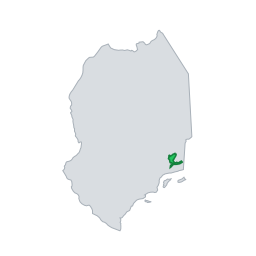 Korogwe, Tanga, United Republic of Tanzania (highlighted), rotated 58°
{"feature_id": "72390352B3133588656991", "entity_name": "Korogwe", "entity_type": "district", "adm_level": 2, "iso_a3": "TZA", "parent_name": "United Republic of Tanzania", "parent_adm1": "Tanga", "projection": "albers", "projection_center": [38.446, -4.931], "detail": "fine", "context": "in_parent", "style": "filled", "palette": "green", "viewbox_px": 256, "rotation_deg": 58, "n_neighbors": 0, "source": "geoboundaries", "source_scale": "gbopen_adm2", "svg_char_len": 6519}
<svg xmlns="http://www.w3.org/2000/svg" viewBox="0 0 256 256"><g transform="rotate(58 128 128)"><path d="M99.3,173.8L96.8,172.6L94.6,171.8L92.8,171.0L92.0,170.2L90.3,169.8L88.9,169.7L87.5,169.0L84.7,168.7L84.4,168.2L84.4,167.0L83.9,166.7L82.9,166.4L81.8,166.5L81.1,166.6L80.7,166.6L79.8,165.9L79.0,165.0L78.7,163.7L77.4,162.8L75.9,162.1L71.8,162.2L71.2,162.0L70.2,161.3L69.1,160.2L68.2,158.9L67.3,157.1L66.5,154.7L61.7,145.1L61.2,143.3L60.3,141.3L58.8,138.9L57.2,137.0L55.0,135.4L52.5,133.8L51.2,132.7L48.6,128.2L48.1,126.1L47.7,123.9L47.8,123.0L49.4,120.1L49.5,119.3L49.3,118.2L48.5,116.0L47.5,113.3L45.4,108.3L45.1,107.0L45.1,106.1L46.2,101.0L46.2,100.3L50.9,100.3L54.3,98.1L57.2,94.7L57.8,93.3L59.0,91.2L60.2,90.1L60.6,89.4L61.3,87.2L62.8,85.8L64.3,84.7L64.0,83.9L64.2,83.6L65.1,83.0L66.7,82.5L67.0,81.4L67.0,80.1L66.7,79.4L66.7,78.6L66.5,78.2L65.4,78.0L63.9,77.4L62.5,77.2L61.6,76.8L61.3,76.6L61.1,75.8L61.9,73.9L61.1,73.1L62.7,69.8L63.0,69.4L63.6,69.4L64.5,69.0L65.4,68.9L66.1,69.0L66.6,68.8L67.1,68.5L67.5,67.4L67.8,65.6L67.6,64.1L66.9,62.9L66.7,61.2L67.0,58.8L66.7,56.9L66.0,55.4L65.2,54.4L64.0,54.0L62.1,51.7L61.5,50.5L61.6,49.8L62.3,49.5L63.4,49.6L64.5,49.3L65.6,48.6L66.6,48.4L67.1,48.5L114.1,48.1L169.1,78.4L169.3,78.8L169.7,81.4L169.7,82.3L168.8,83.8L168.6,84.6L168.6,85.2L168.8,85.4L169.5,85.5L170.1,85.8L170.3,86.1L170.8,87.2L171.4,87.8L192.2,102.8L192.6,103.0L192.3,104.3L191.2,107.3L191.1,108.6L190.6,110.1L190.2,111.1L189.0,115.4L188.0,117.0L186.6,120.8L186.4,123.6L187.2,125.7L187.4,127.5L189.0,129.4L190.3,130.1L191.2,130.9L192.7,132.8L193.6,134.8L196.3,135.7L197.4,137.9L197.0,139.4L195.7,140.6L194.5,142.7L193.6,145.3L193.6,149.3L194.2,148.7L195.7,149.7L195.8,152.7L194.3,156.1L193.9,157.7L193.8,159.1L194.9,163.3L196.5,165.4L196.4,166.0L196.0,166.6L198.8,170.3L198.5,173.5L199.6,176.1L200.0,178.2L200.7,179.9L200.9,181.1L200.0,182.4L202.0,182.7L203.2,183.7L203.8,184.7L205.3,184.7L206.1,185.4L207.2,185.9L209.8,187.6L210.5,188.5L210.9,189.3L203.9,194.6L201.3,195.9L199.5,196.6L197.6,196.9L195.7,197.7L194.0,199.1L191.8,199.7L189.1,199.7L186.2,200.6L181.7,203.4L179.1,201.8L177.1,201.4L174.7,201.4L173.3,201.6L172.8,201.9L172.4,202.9L172.0,204.4L170.4,205.9L167.7,207.3L165.2,207.8L163.0,207.4L161.4,206.9L160.6,206.0L159.4,205.7L157.9,205.7L156.4,206.3L154.9,207.4L152.6,207.9L149.5,207.8L147.8,207.2L147.6,206.3L146.2,205.3L143.7,204.1L141.8,204.0L140.6,205.2L139.5,206.0L138.6,206.3L137.7,206.3L136.4,206.0L132.9,205.9L129.6,205.9L129.3,204.2L128.6,203.2L128.0,202.6L126.9,202.4L126.5,202.0L126.2,200.9L125.6,200.0L124.8,199.3L124.4,198.6L124.2,197.9L124.4,197.2L125.0,195.5L125.2,194.3L125.2,193.1L124.8,191.8L124.0,190.3L124.1,189.9L123.8,188.9L123.8,188.2L123.9,187.3L123.8,186.1L123.1,183.6L123.1,183.0L122.4,181.7L120.1,178.9L120.0,178.5L116.6,175.7L115.2,175.0L114.7,175.6L114.5,176.1L114.7,177.0L114.6,177.5L113.6,177.6L113.1,177.5L111.8,176.8L110.8,176.6L108.3,176.7L107.4,176.9L106.7,176.8L105.4,175.5L103.8,175.2L102.4,175.1L100.1,173.6L99.3,173.8ZM196.7,125.2L197.8,128.4L197.7,129.0L196.9,129.4L196.5,129.4L196.0,128.9L195.6,127.8L195.0,128.1L194.0,126.8L192.9,126.7L192.0,125.2L192.4,123.8L192.2,121.6L193.3,120.4L193.9,118.4L194.6,119.8L194.8,121.9L195.8,124.3L196.7,125.2ZM202.2,106.3L202.3,107.0L202.1,107.7L202.1,110.0L202.0,111.5L201.2,113.6L200.5,114.3L199.9,114.1L199.4,113.7L199.0,113.2L199.8,109.3L199.4,106.6L201.0,106.8L202.2,106.3ZM199.8,152.2L199.0,152.4L198.7,152.2L198.2,151.5L199.1,151.0L199.9,150.0L201.9,148.5L202.8,147.3L202.6,148.5L201.5,151.0L200.6,151.2L199.8,152.2Z" fill="#d9dde1" stroke="#a8b0b8" stroke-width="1"/><path d="M174.4,101.8L174.4,102.0L174.3,102.7L174.3,102.8L174.3,103.3L174.2,103.5L174.1,103.9L174.2,104.0L174.4,104.2L174.4,104.3L174.4,104.6L174.3,104.9L174.3,105.1L174.4,105.6L174.4,106.0L174.3,106.4L174.4,106.8L174.4,107.1L174.4,107.5L174.2,107.5L174.0,107.4L173.9,107.4L173.9,107.2L173.7,107.1L173.4,107.1L173.2,107.1L173.0,107.4L173.0,107.5L173.0,107.8L173.2,108.0L173.3,108.0L173.5,108.1L173.7,108.3L173.8,108.4L173.9,108.5L174.0,108.5L174.3,108.6L174.4,108.8L174.5,108.8L174.6,109.0L174.8,109.2L174.9,109.4L175.3,109.8L175.5,110.0L175.9,109.9L176.2,109.8L176.6,109.7L177.0,109.6L177.4,109.8L177.5,109.9L177.8,110.0L178.0,110.1L178.3,110.2L178.9,110.4L179.6,110.6L179.8,110.5L180.1,110.5L180.2,110.2L180.2,109.9L180.3,109.8L180.4,109.7L180.5,109.6L180.6,109.4L181.0,109.5L181.2,109.4L181.5,109.3L181.5,109.1L181.7,108.9L181.9,108.7L182.0,108.7L182.1,108.4L182.7,108.3L182.6,108.6L182.5,108.8L182.4,108.9L182.3,109.0L182.2,109.2L182.2,109.3L182.2,109.5L182.3,109.5L182.3,109.8L182.2,109.9L182.2,110.0L182.2,110.3L182.2,110.5L182.3,110.4L182.3,110.5L182.5,110.5L182.6,110.8L182.7,110.7L182.7,110.8L182.8,110.9L182.8,111.0L182.7,111.2L182.7,111.3L182.8,111.4L182.8,111.5L182.9,111.8L182.7,112.0L183.1,112.2L183.0,112.3L183.2,112.6L183.6,113.0L183.9,113.2L183.8,112.7L183.8,112.3L183.8,112.2L183.8,111.8L183.8,111.7L183.7,111.5L183.6,111.3L183.5,111.2L183.4,110.7L183.2,110.3L183.2,110.1L183.1,109.7L183.1,109.3L183.1,109.1L183.0,108.8L183.1,108.6L183.2,108.3L183.3,108.2L183.4,107.9L183.5,107.8L183.6,107.7L183.8,107.4L184.0,107.1L184.1,106.8L184.3,106.6L184.4,106.3L184.5,106.1L184.7,105.8L184.8,105.7L184.8,105.3L184.9,105.1L184.9,104.9L185.0,104.5L185.2,104.2L185.3,104.0L185.3,103.8L185.4,103.7L185.4,103.4L185.5,103.4L185.7,103.2L185.4,102.9L185.3,102.7L185.2,102.7L185.3,102.6L185.6,102.5L185.7,102.4L185.7,102.2L185.6,101.9L185.7,101.7L185.8,101.5L185.8,101.3L185.8,101.1L185.8,100.9L185.8,100.6L185.8,100.4L185.8,100.2L185.7,100.0L185.4,100.1L185.3,100.3L185.2,100.3L184.8,100.2L184.7,100.3L184.6,100.2L184.4,100.2L184.4,100.3L184.3,100.5L184.3,101.0L184.2,101.4L184.2,101.7L184.2,101.9L184.3,102.4L184.4,102.5L184.4,102.9L184.4,103.0L184.5,103.2L184.7,103.7L184.3,103.5L184.2,103.5L183.9,103.8L183.7,104.0L183.5,104.4L183.5,104.5L183.4,104.6L183.3,104.8L183.2,104.9L183.0,105.0L182.9,105.0L182.9,105.3L182.8,105.9L182.7,106.1L182.6,106.3L182.4,106.5L182.3,107.0L182.2,107.2L182.1,107.3L181.9,107.4L181.6,107.3L181.5,107.2L181.3,107.1L181.2,107.0L181.0,106.9L180.8,106.9L180.5,107.0L180.4,107.0L180.2,107.0L179.9,107.0L179.6,107.0L179.4,107.0L179.2,107.0L179.1,106.9L179.0,106.6L178.8,105.9L178.8,105.7L178.6,105.6L178.5,105.3L178.4,105.2L178.2,105.0L178.2,104.9L178.0,104.3L177.9,104.0L177.5,103.5L177.3,102.9L176.9,102.2L176.6,101.8L176.1,101.4L176.1,101.5L175.7,101.8L175.3,101.8L175.2,101.9L175.1,101.7L174.9,101.6L174.7,101.6L174.4,101.6L174.4,101.8L174.4,101.8Z" fill="#22c55e" stroke="#15803d" stroke-width="1.5"/></g></svg>